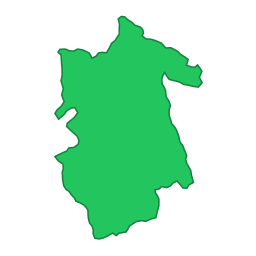 Itaoca, São Paulo, Brazil, rotated 91°
{"feature_id": "56859067B84955452405179", "entity_name": "Itaoca", "entity_type": "district", "adm_level": 2, "iso_a3": "BRA", "parent_name": "Brazil", "parent_adm1": "São Paulo", "projection": "robinson", "projection_center": [-48.845, -24.614], "detail": "fine", "context": "isolated", "style": "filled", "palette": "green", "viewbox_px": 256, "rotation_deg": 91, "n_neighbors": 0, "source": "geoboundaries", "source_scale": "gbopen_adm2", "svg_char_len": 2054}
<svg xmlns="http://www.w3.org/2000/svg" viewBox="0 0 256 256"><g transform="rotate(91 128 128)"><path d="M63.7,59.5L66.0,62.0L66.0,65.5L64.1,70.7L58.4,69.0L56.3,72.0L53.2,77.1L50.7,79.4L49.1,82.3L47.0,86.5L47.3,91.7L42.5,96.2L39.9,102.6L38.8,107.0L38.6,111.5L35.7,115.4L32.7,114.2L29.3,115.0L26.8,117.4L25.1,122.9L22.2,126.1L19.4,130.6L16.9,133.2L16.6,136.7L19.1,139.7L24.0,138.4L30.3,138.5L34.0,138.3L37.6,140.5L40.9,142.6L43.6,145.9L48.2,148.0L53.1,150.8L52.8,155.3L53.5,158.8L56.8,161.3L58.7,165.2L53.7,168.0L50.7,174.6L49.9,179.7L52.1,183.7L51.9,187.6L50.2,192.0L50.5,197.4L53.5,199.3L56.2,196.2L65.1,195.5L68.4,195.1L71.5,194.9L77.0,194.8L81.9,195.8L89.9,193.4L96.2,194.9L102.8,192.3L107.9,195.5L110.8,199.0L114.7,201.3L120.4,197.5L115.5,192.0L111.8,189.5L109.2,185.4L108.6,181.5L113.5,178.5L118.6,182.0L124.2,188.8L127.6,189.4L131.9,184.6L137.0,178.8L141.1,176.8L145.0,177.5L148.2,181.3L149.0,186.9L152.1,188.8L153.5,192.1L155.2,195.5L157.8,200.6L162.3,197.0L165.2,192.3L169.9,192.0L173.1,193.0L177.4,192.7L181.6,192.3L186.9,191.2L190.5,188.9L192.4,185.8L196.1,183.2L199.0,180.3L202.1,178.8L203.5,175.1L205.6,171.0L208.7,168.0L211.4,166.5L214.7,166.5L218.8,166.1L223.6,164.8L226.8,162.2L230.7,160.9L234.2,161.1L238.9,159.2L239.4,154.7L238.4,150.8L236.6,146.9L233.4,141.6L235.8,137.8L233.3,135.2L232.0,128.0L226.2,124.9L223.8,121.7L221.4,117.9L220.4,113.0L221.0,108.7L218.8,104.0L217.2,98.6L210.3,97.1L205.5,95.8L198.8,95.8L195.0,97.5L192.4,99.4L189.4,99.9L188.4,95.8L186.0,93.2L186.9,88.4L185.4,84.8L182.0,81.7L180.2,78.1L183.4,75.1L187.1,71.9L187.1,68.0L184.0,66.3L181.3,61.6L174.1,63.7L169.4,64.5L166.2,66.4L162.2,68.7L158.0,69.8L154.6,68.8L150.1,70.7L144.3,73.1L141.1,75.8L135.3,77.1L129.2,79.5L126.1,81.4L122.9,84.4L118.4,85.7L115.0,87.0L109.4,87.2L104.9,85.9L99.9,87.8L96.2,90.4L89.9,91.1L86.8,92.4L83.6,94.5L79.3,95.1L75.5,94.3L71.8,92.3L75.1,90.4L78.7,87.6L79.7,83.5L80.4,80.1L81.4,76.8L83.5,73.1L84.1,68.5L85.3,63.4L85.9,58.3L81.4,54.7L76.2,57.5L70.0,55.1L66.9,57.1L63.7,59.5Z" fill="#22c55e" stroke="#15803d" stroke-width="1.5"/></g></svg>